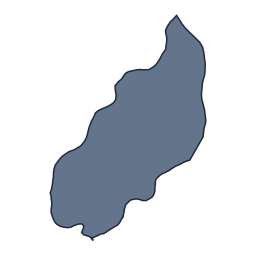 outline of II-2 Somerset And Berks, Pomeroon-Supenaam, Guyana
{"feature_id": "73187651B32807906119363", "entity_name": "II-2 Somerset And Berks", "entity_type": "district", "adm_level": 2, "iso_a3": "GUY", "parent_name": "Guyana", "parent_adm1": "Pomeroon-Supenaam", "projection": "mercator", "projection_center": [-58.72, 7.1], "detail": "fine", "context": "isolated", "style": "filled", "palette": "slate", "viewbox_px": 256, "rotation_deg": 0, "n_neighbors": 0, "source": "geoboundaries", "source_scale": "gbopen_adm2", "svg_char_len": 1954}
<svg xmlns="http://www.w3.org/2000/svg" viewBox="0 0 256 256"><path d="M189.8,160.1L203.1,136.8L203.9,129.2L205.6,123.0L205.8,120.3L204.5,109.8L201.7,98.6L201.6,96.7L201.4,93.8L201.8,90.4L202.5,82.7L204.8,74.2L205.2,66.6L205.2,63.6L203.7,51.9L202.5,46.9L199.6,42.1L190.9,33.7L185.1,27.9L182.1,24.0L176.6,15.4L173.4,18.9L171.2,21.0L169.5,23.1L168.0,25.4L166.6,27.9L165.5,30.8L166.0,34.2L166.6,36.8L166.8,39.7L166.5,42.6L166.1,45.5L165.7,49.3L164.0,51.7L162.1,54.4L160.4,57.9L158.2,61.5L156.0,64.6L153.7,66.6L151.4,68.1L148.9,69.6L146.2,69.7L143.2,69.8L140.0,69.5L136.4,69.9L132.6,70.7L128.9,71.5L126.2,72.8L123.9,75.3L121.8,78.9L119.1,81.1L116.7,83.7L115.0,85.9L115.2,88.6L115.6,92.1L116.2,95.7L115.6,99.7L113.7,102.5L111.1,104.5L107.9,106.3L105.1,107.6L101.8,108.9L98.2,110.6L95.3,113.1L94.4,115.6L93.2,118.1L91.5,121.1L90.4,124.1L89.2,127.0L88.3,130.5L87.5,133.9L86.4,137.7L84.9,140.6L82.7,143.6L80.4,146.1L77.1,148.0L74.3,149.8L71.6,150.7L68.7,151.8L63.0,155.7L60.6,158.0L58.9,160.1L57.2,162.4L55.4,164.9L54.2,168.3L53.5,172.6L53.4,176.4L52.9,179.9L52.5,183.9L51.9,186.9L51.3,189.9L50.2,193.0L51.2,196.5L51.2,199.0L51.8,202.0L51.8,205.1L51.2,208.5L51.1,212.4L52.3,216.3L53.2,218.9L55.1,222.5L57.3,224.6L60.4,226.3L64.0,227.2L66.9,227.6L70.3,227.4L73.5,225.9L76.1,224.7L79.2,224.0L82.0,224.0L83.9,226.1L83.0,229.0L81.6,232.6L84.0,234.9L87.1,235.8L90.1,236.9L91.9,239.1L93.1,240.6L92.4,237.7L95.4,236.6L98.4,235.3L100.8,233.9L103.5,233.7L106.3,232.0L109.2,230.0L112.1,228.3L114.9,226.5L117.6,225.0L119.6,222.7L121.4,219.3L123.1,216.9L123.6,214.1L124.1,211.3L124.6,208.3L125.9,204.6L128.0,202.4L130.3,200.2L133.3,199.3L136.3,198.9L139.7,199.5L142.9,200.6L146.0,200.6L149.1,199.0L152.1,197.1L153.7,194.9L154.9,191.0L154.9,187.1L155.4,184.3L155.4,181.3L156.3,178.6L161.0,174.4L163.5,173.2L166.3,171.9L169.3,170.4L171.6,168.7L174.1,167.1L176.8,165.6L179.3,164.7L181.8,163.3L184.4,161.9L189.8,160.1Z" fill="#64748b" stroke="#1e293b" stroke-width="1.5"/></svg>